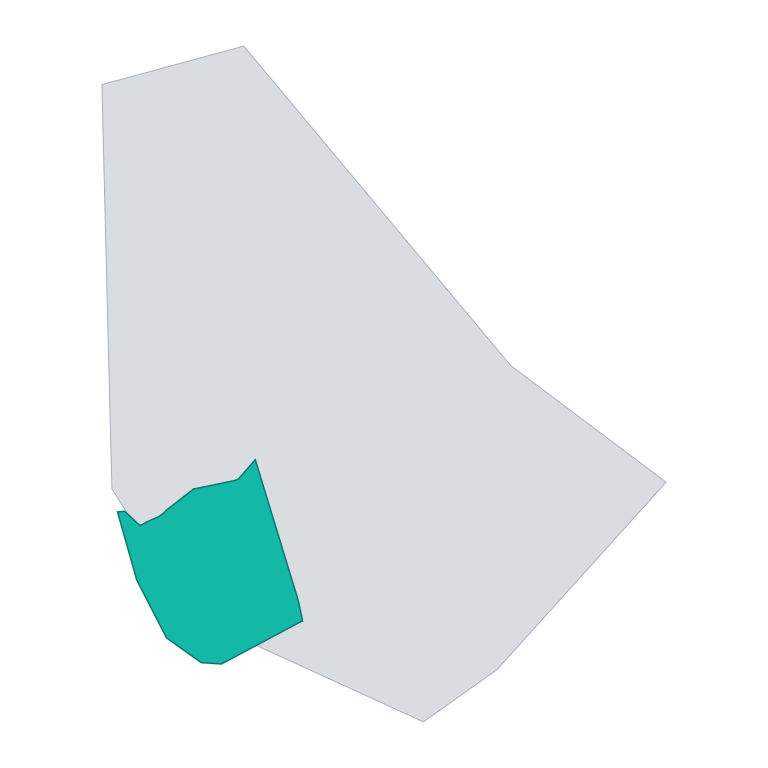 Saint Michael on a map of Barbados (orthographic projection)
{"feature_id": "BRB-1996", "entity_name": "Saint Michael", "entity_type": "Parish", "adm_level": 1, "iso_a3": "BRB", "parent_name": "Barbados", "parent_adm1": "", "projection": "orthographic", "projection_center": [-59.609, 13.123], "detail": "fine", "context": "in_parent", "style": "filled", "palette": "teal", "viewbox_px": 768, "rotation_deg": 0, "n_neighbors": 0, "source": "natural_earth", "source_scale": "10m", "svg_char_len": 564}
<svg xmlns="http://www.w3.org/2000/svg" viewBox="0 0 768 768"><path d="M497.0,669.6L423.4,721.9L192.9,616.4L111.9,488.9L101.9,84.6L243.7,46.1L510.8,365.7L666.1,482.2L497.0,669.6Z" fill="#d9dde1" stroke="#a8b0b8" stroke-width="1"/><path d="M221.4,664.0L201.1,662.6L166.5,637.9L136.7,579.9L117.5,511.9L124.8,511.3L137.9,523.7L141.1,525.6L141.3,525.1L146.5,522.0L159.2,516.4L163.9,512.8L166.2,510.3L193.5,489.0L234.8,480.5L238.5,478.9L255.3,459.7L298.2,600.3L302.0,617.8L302.4,621.3L301.2,621.5L221.4,664.0Z" fill="#14b8a6" stroke="#0f766e" stroke-width="1.5"/></svg>